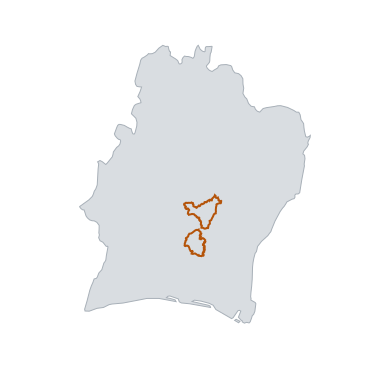 Belier, Lacs, Ivory Coast shown in context, rotated 17°
{"feature_id": "98640826B5123145245776", "entity_name": "Belier", "entity_type": "district", "adm_level": 2, "iso_a3": "CIV", "parent_name": "Ivory Coast", "parent_adm1": "Lacs", "projection": "equal_earth", "projection_center": [-5.056, 6.922], "detail": "fine", "context": "in_parent", "style": "outline", "palette": "amber", "viewbox_px": 384, "rotation_deg": 17, "n_neighbors": 0, "source": "geoboundaries", "source_scale": "gbopen_adm2", "svg_char_len": 9279}
<svg xmlns="http://www.w3.org/2000/svg" viewBox="0 0 384 384"><g transform="rotate(17 192 192)"><path d="M110.0,72.3L111.0,72.3L113.6,71.3L116.0,69.0L118.2,64.2L121.2,60.3L124.5,60.6L125.5,59.9L126.7,59.8L128.1,62.3L129.5,64.2L130.5,64.3L131.2,67.9L137.3,69.5L139.9,70.5L142.1,73.1L142.8,73.2L143.8,72.7L144.5,71.7L144.6,70.7L143.7,68.3L144.1,66.1L145.1,64.2L146.7,64.1L149.0,63.5L151.8,63.5L153.8,63.9L154.6,61.9L153.8,56.5L154.0,53.5L154.4,51.0L155.1,49.9L158.1,53.1L160.9,54.3L162.9,54.3L163.4,53.7L162.6,50.3L162.8,49.2L163.5,48.6L164.8,48.3L168.4,46.9L168.7,47.1L169.4,52.6L169.1,54.4L169.8,58.1L170.7,61.6L170.7,63.0L169.9,65.1L169.0,67.0L169.1,67.8L170.5,69.2L173.2,70.6L176.0,70.9L177.5,68.9L179.1,67.2L180.3,65.8L180.6,63.6L182.4,62.0L187.5,60.1L192.1,59.8L193.2,60.4L195.3,63.4L198.0,65.5L202.0,65.2L204.9,66.4L207.5,68.8L209.2,73.9L211.1,77.6L211.9,82.9L214.8,85.7L217.1,86.9L220.2,90.8L223.5,92.7L226.8,92.3L228.4,94.3L230.9,95.7L233.4,95.8L235.6,91.4L238.5,89.6L245.8,86.1L248.7,84.5L251.6,83.5L258.7,83.2L265.3,84.2L268.5,85.1L270.8,84.5L272.9,86.6L275.1,91.0L276.9,92.4L278.7,93.9L280.1,97.4L281.7,100.9L282.6,102.4L284.6,105.8L286.2,105.9L287.9,104.4L288.6,103.3L289.0,105.5L288.3,109.2L288.4,111.4L289.4,112.3L288.9,115.2L286.9,120.2L286.9,123.1L288.9,124.0L290.3,127.1L291.1,132.5L291.9,134.2L292.0,135.3L293.4,148.2L295.2,161.2L294.1,162.8L292.6,163.3L291.6,163.9L291.3,165.1L292.0,166.9L291.6,168.5L289.7,169.7L285.6,173.8L285.3,175.4L284.3,178.9L283.3,181.0L282.0,185.0L279.9,195.5L279.1,204.2L279.0,206.9L278.2,208.8L277.3,211.5L272.9,218.9L270.6,225.0L270.9,227.7L271.0,230.3L270.3,232.2L270.5,237.4L271.0,241.7L271.8,245.9L275.1,257.9L276.7,265.2L277.8,271.1L278.7,275.0L279.6,276.6L279.9,278.1L284.7,279.2L285.7,280.1L287.0,287.7L286.7,291.2L285.8,292.5L285.8,295.4L285.6,299.1L284.9,300.5L282.3,300.7L280.4,302.1L278.0,301.5L277.8,300.6L276.5,300.3L273.0,298.2L273.5,291.6L271.9,291.3L270.6,292.2L268.1,300.2L266.9,301.5L249.2,297.4L245.3,294.1L240.7,293.4L232.7,293.7L226.0,294.7L224.1,296.7L240.9,295.5L242.7,295.8L243.5,297.0L222.3,299.6L214.3,301.2L211.9,300.7L210.1,298.2L201.3,297.9L199.5,298.7L198.4,300.6L201.9,300.2L207.3,300.1L208.8,301.5L191.7,303.4L179.9,307.0L174.9,309.7L158.4,318.4L148.3,322.5L145.6,324.0L141.1,328.3L135.2,331.0L128.6,336.0L124.5,337.1L123.6,335.5L123.5,327.0L123.0,315.7L123.2,311.3L123.7,307.2L123.8,303.8L125.8,302.5L126.3,301.1L126.6,296.7L128.5,292.7L128.5,285.7L129.1,284.2L129.5,282.4L128.7,277.8L127.7,269.1L127.2,268.5L126.7,268.9L125.7,269.0L121.5,266.1L118.3,265.5L116.1,263.0L116.0,260.1L114.9,258.4L114.1,255.0L113.0,251.1L109.9,248.8L106.9,248.2L104.8,248.7L102.3,248.6L99.5,247.3L97.6,245.8L95.7,243.0L94.0,240.7L92.7,241.0L91.0,240.5L89.4,239.5L88.8,238.7L95.7,229.7L98.0,225.3L98.3,222.6L98.3,219.9L99.1,217.1L99.3,212.9L95.5,197.5L94.6,192.7L93.6,191.3L92.9,190.8L94.8,188.8L97.5,189.3L101.5,190.9L102.4,189.3L105.5,181.6L105.4,178.7L105.1,176.7L106.9,171.4L108.4,169.3L109.1,167.1L108.9,164.1L107.8,162.9L106.4,163.1L104.7,162.4L102.1,160.7L100.8,159.1L101.2,152.1L101.5,149.9L102.4,148.7L103.8,148.3L107.8,148.1L111.1,148.9L113.9,149.4L115.4,149.4L116.7,151.5L118.3,153.6L119.7,153.6L120.2,152.0L119.9,145.1L119.0,141.4L116.8,137.9L111.2,134.9L111.0,130.6L111.6,126.1L112.9,124.4L117.1,121.5L116.3,119.9L115.0,118.3L112.3,116.6L113.0,111.1L113.1,106.3L110.9,106.8L108.5,107.1L106.6,105.6L105.0,102.6L104.7,94.5L104.7,85.1L104.4,80.9L105.1,78.7L107.1,76.7L109.2,74.0L110.0,72.3ZM275.7,301.6L274.8,303.4L270.3,302.3L271.4,300.8L275.7,301.6Z" fill="#d9dde1" stroke="#a8b0b8" stroke-width="1"/><path d="M222.4,192.0L222.0,192.3L221.8,192.5L221.5,192.6L220.9,192.4L220.7,192.2L220.3,192.1L220.2,192.0L220.0,192.3L219.7,192.1L219.7,191.6L219.5,191.1L219.1,190.8L218.4,189.8L217.9,190.5L217.3,190.4L217.0,190.2L216.8,190.2L216.6,190.4L216.2,190.1L215.9,189.5L215.8,189.4L215.6,188.7L215.1,188.6L214.8,188.4L214.7,190.0L214.4,190.1L214.1,190.9L213.6,191.7L213.5,192.0L213.2,192.4L213.3,192.8L213.3,193.4L213.4,194.2L213.1,194.3L212.8,194.1L212.5,194.3L212.2,193.9L211.8,194.0L211.3,194.8L211.2,195.1L210.8,194.6L210.0,195.4L209.2,196.5L209.1,197.3L208.7,197.7L208.4,197.8L208.0,197.6L207.6,197.7L207.4,197.9L207.0,198.0L207.0,198.4L206.9,199.0L206.9,199.3L205.9,200.3L205.6,200.3L205.5,200.5L205.0,200.4L204.8,200.7L204.7,200.9L204.4,201.1L204.2,201.3L203.9,201.9L203.9,202.2L203.8,202.9L203.2,203.4L202.9,203.3L202.5,203.1L202.4,203.4L201.6,204.5L201.0,205.8L200.8,205.8L200.6,205.4L200.3,205.5L200.0,205.2L199.4,205.3L198.9,205.4L197.9,205.3L197.5,205.2L197.4,204.9L197.1,203.6L196.9,203.4L196.4,203.5L196.2,203.2L196.2,202.6L196.1,202.3L195.6,202.3L195.4,202.4L195.1,202.3L194.9,202.4L194.6,202.2L193.9,202.8L191.6,203.4L191.1,203.8L190.3,203.8L190.1,204.0L189.3,204.1L188.9,204.7L188.8,205.1L188.7,205.4L188.6,205.6L188.4,205.4L188.1,205.4L188.0,205.7L188.0,206.0L188.1,206.3L188.8,207.1L189.3,207.2L189.8,207.6L190.1,207.6L190.4,207.7L190.5,208.3L190.2,208.8L190.1,209.0L191.0,209.8L191.3,209.8L191.6,209.9L191.9,209.8L192.1,209.8L192.3,209.6L192.4,209.3L192.5,209.1L193.1,209.0L194.1,209.7L194.5,209.9L194.6,210.1L194.3,210.6L194.3,211.0L194.1,211.2L194.1,211.3L194.2,212.8L194.3,213.1L194.3,213.7L194.4,214.0L194.9,214.1L195.2,214.3L195.5,214.3L195.7,214.7L195.9,214.6L196.0,214.4L196.2,214.2L197.3,213.8L198.2,213.1L198.5,213.0L198.7,212.9L199.5,212.9L200.2,212.6L201.2,213.0L201.4,213.4L201.6,213.5L201.9,213.6L202.5,213.5L203.0,213.7L203.3,213.9L203.4,214.2L203.7,214.6L204.1,214.6L204.4,214.5L204.7,214.9L204.9,214.8L205.1,214.9L205.3,214.9L205.6,214.9L205.8,214.7L205.9,214.9L206.1,214.8L206.3,215.0L206.6,214.9L206.7,215.2L206.5,215.3L206.7,215.7L206.8,215.9L206.8,216.0L206.9,216.3L207.1,216.4L207.2,216.6L207.4,216.5L207.6,216.6L207.7,217.0L207.8,217.1L208.0,217.0L208.1,217.3L208.9,217.3L209.1,217.7L209.3,218.1L209.5,218.2L209.5,218.6L209.7,219.0L209.7,219.4L209.8,219.6L209.8,219.9L210.0,220.3L209.9,220.4L209.9,220.5L210.0,220.7L210.4,220.8L210.7,221.2L211.2,221.2L211.3,221.6L211.2,221.7L211.2,221.9L211.2,222.2L211.3,222.7L211.5,223.1L211.4,223.4L211.6,223.7L211.8,223.7L211.8,223.8L211.9,223.6L211.9,223.4L212.8,223.0L214.1,223.2L214.4,223.4L214.6,223.3L215.1,223.3L216.0,222.8L216.2,222.4L217.0,221.7L217.3,222.0L217.9,221.8L217.9,221.4L217.7,221.3L217.6,220.7L217.6,220.2L217.7,219.8L217.6,219.6L217.6,219.2L217.4,219.0L217.5,218.7L218.4,217.1L217.3,214.4L218.2,213.8L218.3,213.5L218.6,213.3L218.8,211.3L219.1,210.0L219.3,208.9L219.3,208.2L219.4,207.9L219.4,207.2L219.8,206.3L221.0,205.5L221.0,205.4L220.6,204.6L220.6,203.8L220.5,203.3L220.0,202.3L219.4,199.3L219.4,197.9L219.1,197.1L219.0,196.8L219.1,196.5L221.5,194.6L222.2,194.6L222.8,194.3L222.8,193.2L222.5,192.7L222.6,192.4L222.6,192.1L222.4,192.0ZM221.6,249.4L221.6,249.0L221.3,248.4L220.8,247.9L220.5,247.9L220.2,248.0L220.1,247.6L220.1,247.4L220.5,247.4L220.2,247.0L220.2,246.6L220.8,246.4L221.0,246.0L220.5,245.9L220.5,245.6L220.4,245.4L220.7,245.2L220.7,244.7L220.9,244.6L221.0,244.4L220.9,244.0L220.5,243.9L220.3,243.7L220.5,243.4L220.9,243.5L221.1,243.5L221.1,243.4L220.9,243.0L220.6,243.1L220.2,242.9L220.0,242.7L220.3,242.3L220.3,242.1L220.5,242.0L220.5,241.9L219.9,241.7L219.6,241.8L219.5,241.7L219.6,240.9L219.9,241.0L220.1,240.8L220.0,240.5L220.0,240.2L219.7,240.0L219.7,239.9L219.4,239.8L219.0,239.3L218.6,239.6L218.4,239.7L218.0,239.6L217.9,239.5L217.9,239.2L218.2,239.1L218.2,238.9L217.9,238.6L218.0,238.5L218.5,237.6L218.3,237.2L218.2,236.7L219.0,236.6L219.3,236.4L219.2,236.1L218.9,235.4L219.1,235.2L218.7,234.8L218.5,234.4L218.6,234.1L217.3,233.3L216.9,233.3L216.5,233.0L215.7,233.0L215.3,233.2L215.3,233.5L215.1,233.8L214.8,233.9L214.4,233.8L214.2,234.4L214.3,234.5L214.5,234.4L214.4,234.6L214.1,234.6L213.6,234.5L213.4,234.3L213.1,234.4L213.0,233.9L212.8,233.8L212.8,233.3L212.9,233.1L213.0,233.1L213.3,233.6L213.4,233.3L213.3,233.0L213.4,232.4L213.0,232.6L212.9,232.5L212.9,232.4L213.0,232.3L212.9,232.2L213.0,231.8L212.2,231.5L212.2,231.0L212.4,230.7L212.2,230.6L212.3,230.3L212.5,230.4L212.4,229.9L213.0,229.6L213.1,229.1L213.0,228.9L212.6,228.9L212.2,228.7L211.7,227.9L211.7,227.6L210.9,227.3L210.3,227.1L209.9,227.0L209.7,226.9L209.5,226.7L209.3,226.0L208.6,226.5L208.2,226.8L207.1,227.0L206.6,227.6L206.3,227.8L204.2,230.8L203.3,231.9L201.6,232.7L201.6,233.2L201.3,233.8L201.2,234.3L201.3,234.8L201.2,235.4L201.3,235.6L200.9,236.4L200.6,236.7L200.5,237.1L200.2,237.2L199.7,237.7L199.7,238.2L199.9,238.6L200.6,238.8L200.7,239.0L200.6,239.9L200.4,240.3L200.1,240.6L200.0,240.9L200.1,241.3L200.3,241.6L200.3,242.2L200.2,242.5L200.1,243.2L200.2,243.7L200.4,243.9L200.4,244.3L200.6,244.9L200.5,245.2L200.6,245.4L200.8,245.6L201.1,245.5L201.4,245.5L201.6,245.6L202.1,245.3L202.6,244.8L203.6,244.6L203.9,244.7L204.0,244.9L204.7,245.0L206.1,246.7L206.6,247.6L206.9,247.8L207.8,248.8L208.0,248.7L208.3,248.8L209.2,248.4L209.4,248.4L209.6,248.3L210.0,248.6L210.0,249.1L209.7,249.5L209.4,249.8L209.5,250.4L209.5,250.8L209.6,251.1L210.6,250.9L210.9,251.0L211.4,250.7L212.1,250.3L212.3,250.1L213.2,249.9L216.7,251.0L216.8,251.1L217.1,251.0L217.1,250.9L216.9,250.6L217.0,250.4L217.5,250.8L217.9,250.8L218.2,250.9L219.3,250.6L219.7,250.4L219.9,250.5L220.0,250.4L220.1,250.2L220.4,250.0L220.7,249.5L220.8,249.4L220.9,249.1L221.1,249.4L221.4,249.6L221.6,249.4Z" fill="none" stroke="#b45309" stroke-width="2"/></g></svg>